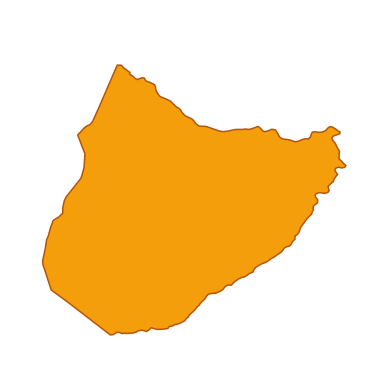 São Domingos do Araguaia, Pará, Brazil, rotated 264°
{"feature_id": "56859067B37534389991606", "entity_name": "São Domingos do Araguaia", "entity_type": "district", "adm_level": 2, "iso_a3": "BRA", "parent_name": "Brazil", "parent_adm1": "Pará", "projection": "equal_earth", "projection_center": [-48.722, -5.682], "detail": "fine", "context": "isolated", "style": "filled", "palette": "amber", "viewbox_px": 384, "rotation_deg": 264, "n_neighbors": 0, "source": "geoboundaries", "source_scale": "gbopen_adm2", "svg_char_len": 2828}
<svg xmlns="http://www.w3.org/2000/svg" viewBox="0 0 384 384"><g transform="rotate(264 192 192)"><path d="M326.0,130.9L285.7,108.2L283.1,106.7L272.5,100.5L269.7,97.6L268.6,94.0L266.8,91.3L260.6,84.3L248.2,87.6L241.3,89.5L228.1,87.3L225.3,86.3L220.3,84.3L217.3,83.0L200.5,66.5L196.5,64.0L190.1,61.9L184.4,61.2L180.9,56.6L178.3,51.0L171.2,47.5L163.4,44.5L159.7,42.4L151.2,40.2L139.3,36.3L135.2,36.2L130.3,37.3L110.8,41.4L109.2,41.8L95.5,56.9L58.4,95.8L58.4,98.9L59.4,100.7L60.3,102.7L59.9,105.4L58.5,107.8L58.7,110.0L58.1,112.4L58.0,119.2L58.4,121.6L59.6,124.2L59.8,127.8L58.9,130.2L58.0,132.2L59.4,135.1L61.3,137.2L60.3,139.5L59.0,142.8L58.7,146.7L58.6,150.5L58.8,153.7L60.6,155.4L60.8,159.0L62.0,160.8L62.0,163.3L62.6,165.8L63.8,169.0L64.6,171.2L66.6,173.0L68.2,175.4L70.4,176.9L71.7,178.8L73.3,181.2L77.3,185.2L78.8,187.5L80.3,188.5L82.6,191.3L84.7,194.1L86.8,195.3L88.4,197.3L89.0,199.6L89.0,202.4L88.9,205.1L89.6,207.3L90.5,210.1L91.9,212.7L94.1,214.7L95.6,217.3L95.3,221.5L97.9,224.3L100.6,229.1L102.0,233.2L102.1,235.7L103.3,237.8L105.1,240.9L105.9,244.2L107.9,245.2L110.1,247.2L112.1,251.0L113.3,253.9L114.2,257.5L115.1,259.8L117.7,264.2L119.2,267.8L120.3,269.6L123.2,274.9L124.6,276.3L126.2,277.4L127.7,280.4L128.1,283.3L129.2,284.9L131.1,286.1L132.8,287.4L134.3,289.5L137.4,289.8L138.8,292.5L140.6,294.0L145.5,296.5L148.0,298.6L150.0,300.6L152.3,302.5L154.3,304.5L156.3,307.1L157.5,308.6L159.4,309.4L161.6,310.9L163.3,310.7L165.6,311.5L166.8,313.6L168.1,315.6L171.1,316.2L173.8,314.5L175.7,314.1L177.3,314.9L178.1,318.5L176.8,323.7L177.4,327.1L179.0,328.5L181.3,328.1L183.6,328.0L186.1,331.5L187.6,333.6L189.5,334.3L191.6,336.0L194.3,338.6L197.1,337.0L198.8,336.2L200.6,337.4L201.4,340.1L200.3,343.2L200.5,346.5L202.3,347.8L204.6,345.6L206.7,344.2L209.7,341.8L213.0,342.1L217.0,342.9L220.9,341.2L225.5,339.5L229.4,337.0L231.2,336.7L232.7,338.0L234.5,345.0L236.1,345.5L237.5,343.6L239.5,341.6L241.9,338.5L242.6,336.2L241.7,334.2L238.9,331.0L237.9,327.2L238.1,324.5L239.1,320.1L238.9,317.9L237.1,316.7L234.1,315.4L232.6,313.1L233.1,311.0L232.8,307.5L231.6,304.0L231.1,300.5L232.1,297.6L233.6,294.7L235.4,287.4L237.7,284.7L240.0,283.9L245.0,281.5L246.1,278.0L244.9,274.1L244.4,270.8L245.3,268.7L247.7,267.2L250.3,264.6L248.5,257.5L248.3,254.8L249.1,251.6L248.9,249.1L249.4,244.8L249.6,241.2L248.8,233.6L248.8,229.1L249.8,225.5L255.7,212.9L256.8,206.0L259.5,203.0L263.2,200.8L264.7,199.5L267.8,194.2L269.1,192.6L272.4,190.2L275.0,189.2L276.9,187.3L278.7,184.9L282.5,181.7L284.5,180.4L288.0,174.5L289.2,172.0L291.1,169.5L293.7,168.1L296.2,167.1L298.6,166.6L300.6,166.6L302.5,166.0L305.6,161.4L306.7,158.6L308.1,157.2L310.1,156.7L310.9,154.5L309.6,149.1L310.9,147.2L313.0,145.7L315.8,142.3L317.5,142.8L318.7,141.1L320.4,139.6L322.1,137.5L325.5,134.9L326.0,130.9Z" fill="#f59e0b" stroke="#b45309" stroke-width="1.5"/></g></svg>